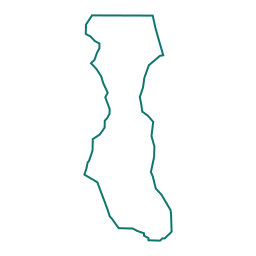 the district of Suhag, Suhaj, Egypt
{"feature_id": "37247803B36599937729420", "entity_name": "Suhag", "entity_type": "district", "adm_level": 2, "iso_a3": "EGY", "parent_name": "Egypt", "parent_adm1": "Suhaj", "projection": "orthographic", "projection_center": [31.693, 26.547], "detail": "fine", "context": "isolated", "style": "outline", "palette": "teal", "viewbox_px": 256, "rotation_deg": 0, "n_neighbors": 0, "source": "geoboundaries", "source_scale": "gbopen_adm2", "svg_char_len": 1056}
<svg xmlns="http://www.w3.org/2000/svg" viewBox="0 0 256 256"><path d="M152.7,15.6L92.0,15.4L86.0,24.6L85.9,29.3L85.8,34.0L90.4,36.4L94.9,41.1L99.5,43.5L99.4,45.9L99.4,48.2L97.0,52.8L94.5,59.8L91.0,63.2L96.6,69.2L101.1,76.2L103.3,83.3L105.6,88.2L107.7,92.7L105.3,97.3L109.7,109.1L109.5,113.7L107.1,118.3L104.8,120.6L104.6,127.6L103.0,130.0L99.8,134.5L92.8,139.1L92.6,148.4L92.5,150.7L89.0,161.0L87.7,162.3L86.3,169.0L84.4,174.6L97.4,182.3L99.5,188.1L105.7,204.5L106.3,206.2L107.5,209.3L109.7,216.3L111.9,218.7L118.7,228.2L132.5,228.5L135.2,229.8L137.1,230.9L144.0,233.3L144.0,235.7L148.5,238.1L148.5,240.3L155.4,240.5L160.1,240.6L162.4,238.4L164.7,238.4L169.5,233.8L171.6,231.7L171.1,215.4L170.6,210.2L161.5,194.7L155.8,188.6L152.9,176.8L151.5,173.4L150.9,172.1L154.1,156.9L154.4,146.5L151.5,136.1L152.7,126.0L153.2,121.9L148.0,115.8L142.3,111.6L141.3,104.6L139.8,97.0L143.0,87.5L144.3,78.1L144.5,77.7L144.6,77.2L147.5,69.0L148.9,65.2L160.0,55.8L163.2,55.3L162.0,51.0L159.0,40.6L155.4,27.8L152.7,15.6Z" fill="none" stroke="#0f766e" stroke-width="2"/></svg>